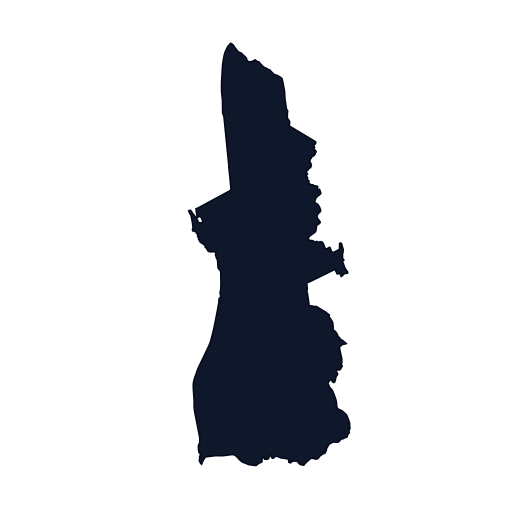 the district of Ratchasan, Chachoengsao, Thailand, rotated 171°
{"feature_id": "78962969B64139480936177", "entity_name": "Ratchasan", "entity_type": "district", "adm_level": 2, "iso_a3": "THA", "parent_name": "Thailand", "parent_adm1": "Chachoengsao", "projection": "robinson", "projection_center": [101.266, 13.772], "detail": "fine", "context": "isolated", "style": "filled", "palette": "ink", "viewbox_px": 512, "rotation_deg": 171, "n_neighbors": 0, "source": "geoboundaries", "source_scale": "gbopen_adm2", "svg_char_len": 6012}
<svg xmlns="http://www.w3.org/2000/svg" viewBox="0 0 512 512"><g transform="rotate(171 256 256)"><path d="M191.4,67.0L191.6,68.2L191.5,68.9L189.9,71.4L190.9,72.5L190.7,72.8L190.0,73.4L189.7,75.9L189.8,77.5L190.6,81.5L191.6,85.2L194.7,89.1L196.4,90.5L199.1,92.2L199.4,92.8L199.7,93.8L199.6,94.8L199.7,96.0L199.4,99.0L199.6,102.1L200.5,106.8L201.5,111.0L201.9,111.9L204.2,115.4L204.2,116.7L204.8,118.6L204.5,119.9L203.6,120.5L202.6,121.6L202.0,121.9L201.2,121.9L200.8,121.6L200.2,119.9L199.4,119.0L198.7,118.9L198.0,119.3L197.3,120.4L195.8,124.3L194.4,125.7L193.8,126.6L193.9,127.5L194.7,129.1L194.8,129.8L194.5,130.4L193.9,130.7L191.4,130.4L190.8,130.6L189.9,131.2L189.1,132.6L188.1,133.5L188.0,133.9L188.5,134.7L188.7,135.3L188.0,137.1L187.3,140.8L187.9,150.6L187.8,151.4L188.0,152.5L187.2,153.5L185.8,154.2L185.1,154.9L183.3,155.1L180.8,155.2L180.5,155.3L180.4,155.4L184.3,159.7L185.9,160.3L185.9,161.8L186.9,162.9L187.6,164.2L188.0,166.0L189.0,168.5L189.6,169.3L191.5,171.3L191.6,171.5L191.1,172.2L190.9,172.9L190.6,178.5L192.5,183.1L193.5,184.7L192.7,186.3L194.7,188.3L196.3,190.1L198.5,191.7L204.0,196.6L204.9,196.9L206.6,197.1L208.6,198.0L210.6,198.3L211.2,198.6L211.0,211.5L211.6,211.9L210.4,215.8L210.1,221.3L202.5,223.5L180.2,230.4L178.6,225.5L176.3,225.8L175.9,225.8L175.4,223.5L175.0,222.4L173.9,222.9L172.0,224.5L171.1,224.7L168.2,224.7L168.0,225.2L168.0,225.9L169.5,229.0L170.3,231.1L170.9,234.9L171.6,237.0L169.8,238.3L170.7,239.9L170.8,240.6L170.2,244.5L169.4,246.1L168.8,249.2L169.4,252.7L169.3,253.9L170.2,255.7L171.6,255.2L171.6,254.0L172.4,250.6L172.3,250.1L172.5,249.7L173.3,249.3L178.2,247.6L179.3,247.7L180.3,248.1L180.8,248.8L181.4,252.5L181.7,253.0L182.2,253.1L184.7,252.1L185.5,252.2L186.5,252.7L187.5,257.7L188.0,258.8L188.8,259.6L189.6,260.0L192.2,260.0L192.9,260.4L193.5,260.5L194.0,261.0L195.1,260.1L197.4,262.2L201.0,263.3L201.3,263.7L201.6,264.8L201.4,265.4L201.1,266.1L199.8,267.3L194.6,269.9L193.4,270.7L192.8,271.8L191.6,275.7L190.9,277.0L188.2,278.1L187.3,279.1L187.4,280.1L189.4,283.8L189.6,284.5L189.6,285.2L189.2,286.4L188.7,287.3L187.8,288.1L185.4,289.8L185.0,290.6L185.0,291.7L185.6,294.5L186.6,296.7L187.3,297.9L189.3,299.2L189.6,300.0L188.9,301.8L187.9,303.7L186.1,305.1L182.7,307.1L182.1,307.9L182.1,308.4L182.8,311.9L182.9,312.0L184.0,311.6L184.7,312.1L184.6,313.2L184.1,314.7L184.4,315.3L185.0,315.6L187.4,316.2L188.6,317.5L190.5,317.9L191.1,318.3L191.7,319.0L192.5,319.1L192.6,319.7L192.0,321.2L191.9,321.7L192.1,322.1L193.0,322.5L192.9,325.4L193.2,326.3L193.9,327.1L194.1,327.9L193.8,328.3L192.6,328.4L192.4,328.7L192.4,328.9L193.0,329.7L192.7,331.0L192.9,332.3L192.0,332.7L191.3,332.7L191.0,333.5L189.6,334.2L189.2,334.7L188.2,334.7L188.1,334.9L188.0,335.7L187.3,336.2L187.6,337.0L187.5,337.3L187.1,337.6L187.3,339.0L188.2,341.1L187.7,341.8L187.2,343.3L186.2,343.8L185.8,344.3L185.7,345.0L185.2,345.2L184.8,346.0L184.4,346.0L184.1,345.7L183.7,345.7L182.2,346.8L181.4,347.7L181.3,348.5L180.3,349.4L180.5,350.6L182.1,352.8L182.1,353.1L181.9,353.5L181.1,354.0L181.6,355.3L181.5,356.3L179.8,357.5L179.3,358.4L179.1,359.2L179.3,359.6L202.7,379.2L201.7,383.3L201.8,383.9L202.9,386.2L203.4,387.5L202.8,391.2L202.0,394.5L202.9,396.4L202.8,406.5L202.0,414.0L202.2,422.5L202.5,427.1L203.9,428.8L206.5,430.9L209.6,432.5L212.4,436.2L212.8,437.2L215.1,438.7L216.6,440.0L217.6,440.5L219.6,442.2L222.8,447.4L223.2,447.3L224.6,448.2L226.3,449.9L228.7,449.0L230.4,448.7L232.4,448.8L233.5,449.6L234.2,450.5L234.5,452.8L235.5,454.6L237.7,457.1L238.9,458.9L240.7,459.7L242.0,461.3L242.5,462.0L242.9,463.1L243.8,464.2L245.5,468.0L246.3,468.9L247.7,470.1L251.0,467.5L254.6,462.4L256.2,458.9L258.2,453.1L259.0,450.5L262.9,433.0L264.1,425.4L264.4,422.7L264.8,414.9L266.6,402.6L265.9,398.6L268.7,350.3L269.0,347.9L269.5,337.8L270.2,326.9L270.4,325.7L270.8,325.1L271.5,324.6L306.2,312.4L307.9,312.1L308.1,308.2L308.0,303.7L307.6,303.4L307.0,303.4L305.4,304.0L305.0,303.8L304.6,303.2L303.9,301.9L303.4,300.0L303.1,299.5L303.5,298.7L303.9,297.0L306.7,297.7L307.5,298.1L307.7,298.6L308.3,301.7L311.5,307.3L313.5,311.5L315.5,311.2L314.6,307.8L314.0,306.7L313.8,305.0L313.6,298.9L313.7,294.7L314.0,293.4L314.7,292.1L314.4,290.5L313.7,290.5L311.2,288.9L311.3,287.6L310.1,286.7L310.6,284.3L309.6,283.7L310.1,283.1L310.0,280.9L309.8,280.6L308.9,280.5L308.7,280.3L309.3,279.0L308.1,277.6L307.4,277.3L306.7,276.3L304.7,274.4L304.8,272.7L303.9,271.6L302.4,268.0L300.0,267.1L296.4,266.7L295.7,266.1L295.2,265.2L295.2,264.5L295.8,263.9L295.9,263.5L295.3,259.8L294.8,258.5L294.7,257.6L295.4,250.2L294.7,248.8L293.7,247.6L293.4,245.4L294.9,234.6L296.0,228.9L297.3,225.2L297.2,221.2L299.2,219.6L299.9,216.7L299.9,216.4L299.5,216.2L300.7,214.1L301.4,211.8L306.9,196.6L309.3,190.2L312.1,183.7L314.5,178.3L316.7,174.6L331.1,153.7L336.4,143.9L338.0,139.6L338.7,134.6L339.8,122.6L340.8,116.5L341.0,112.4L340.0,85.3L340.6,81.1L341.2,79.7L342.1,78.7L342.8,76.8L343.2,71.7L342.7,70.3L342.1,69.4L342.0,68.7L342.5,67.3L343.2,66.5L343.2,64.6L344.0,63.4L344.0,62.4L343.1,59.7L342.3,58.8L341.0,61.2L338.3,64.6L337.7,65.1L336.6,65.4L327.2,65.1L320.3,63.9L311.0,63.6L310.0,63.4L308.6,63.0L307.8,62.4L306.1,60.4L304.4,57.7L301.9,54.7L301.3,54.3L298.7,52.9L295.9,51.1L289.3,49.1L288.0,49.3L286.1,50.6L284.4,51.2L283.1,51.3L282.5,51.6L282.1,52.4L281.8,54.6L281.2,55.4L280.7,55.8L280.1,55.9L279.7,55.6L279.4,54.0L277.3,53.5L276.4,53.5L275.8,53.7L275.2,54.1L274.0,56.4L273.1,56.6L272.6,56.1L271.8,54.1L271.2,53.6L270.3,53.6L268.3,55.1L267.6,55.2L265.8,54.4L263.3,52.8L256.1,50.5L255.7,50.1L255.7,49.6L255.9,47.2L254.8,46.4L254.2,46.3L252.0,47.6L249.0,47.3L247.9,47.0L246.8,46.0L245.9,44.1L245.4,43.6L243.9,42.7L241.9,41.9L241.2,42.1L240.4,43.0L238.4,44.5L233.3,47.6L232.5,47.5L230.4,46.8L229.2,46.1L227.7,46.0L226.5,46.2L223.8,48.7L220.8,50.0L218.8,50.5L217.1,52.7L216.5,54.5L215.9,55.4L213.6,58.3L212.6,59.0L208.7,60.2L205.3,59.4L203.9,59.4L202.1,60.4L201.5,61.2L200.5,61.8L199.9,62.0L198.4,61.8L196.8,62.6L194.8,62.7L194.3,63.2L193.5,64.8L192.9,65.6L191.4,67.0Z" fill="#0f172a" stroke="#020617" stroke-width="1.5"/></g></svg>